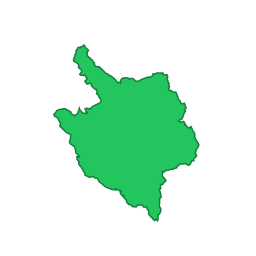 the district of Tay Son, Bình Định, Vietnam, rotated 329°
{"feature_id": "81297802B3478153063518", "entity_name": "Tay Son", "entity_type": "district", "adm_level": 2, "iso_a3": "VNM", "parent_name": "Vietnam", "parent_adm1": "Bình Định", "projection": "natural_earth1", "projection_center": [108.884, 13.946], "detail": "fine", "context": "isolated", "style": "filled", "palette": "green", "viewbox_px": 256, "rotation_deg": 329, "n_neighbors": 0, "source": "geoboundaries", "source_scale": "gbopen_adm2", "svg_char_len": 5762}
<svg xmlns="http://www.w3.org/2000/svg" viewBox="0 0 256 256"><g transform="rotate(329 128 128)"><path d="M67.5,141.8L67.8,144.3L66.9,146.1L67.5,147.4L68.0,147.9L68.8,149.3L70.0,150.7L70.3,150.8L71.7,150.9L72.3,151.4L72.8,151.6L73.4,152.3L73.9,153.8L75.6,155.2L75.9,156.4L75.6,159.1L76.1,160.5L77.0,162.4L77.6,165.0L78.4,166.6L78.6,167.4L81.0,170.2L82.1,171.8L84.7,174.3L85.3,174.4L86.0,173.7L86.5,174.0L86.3,174.7L86.5,175.4L88.5,176.6L89.6,178.6L89.4,179.0L88.3,178.6L88.2,179.7L87.8,180.2L88.0,182.1L88.7,182.7L89.6,184.0L89.3,184.2L88.6,183.8L88.4,183.9L88.9,185.9L88.8,186.6L89.2,187.9L89.4,189.0L89.4,189.7L88.7,190.5L88.6,190.8L89.3,194.1L91.1,195.7L91.2,197.1L91.4,197.7L92.7,198.5L93.2,199.2L94.7,199.9L96.3,199.2L97.6,199.3L98.0,199.5L98.8,200.5L100.4,201.1L100.7,201.6L100.6,203.3L100.8,204.1L102.3,204.4L102.8,205.1L103.0,206.1L102.7,207.9L102.9,208.5L102.9,209.7L102.8,210.1L101.6,211.9L101.4,213.7L101.8,215.0L101.8,216.1L102.5,217.2L102.4,218.8L102.8,219.3L103.0,220.9L103.2,221.0L105.0,220.8L105.3,221.5L105.5,222.7L106.7,221.9L106.8,221.5L107.3,220.7L107.7,219.6L108.7,218.9L109.0,217.9L109.9,218.0L111.0,217.8L113.7,215.6L114.6,213.6L114.5,211.8L114.6,211.0L117.1,207.7L117.4,206.7L118.2,206.0L118.3,204.9L119.1,204.4L120.2,204.7L120.9,204.4L121.2,202.4L122.1,201.4L122.1,200.5L122.7,199.6L122.7,198.3L123.1,196.8L123.3,196.8L124.0,197.0L124.7,196.8L126.8,193.2L127.4,193.3L128.3,194.3L128.5,194.3L130.8,193.1L133.1,193.0L133.4,192.7L133.4,191.1L132.7,187.1L133.3,185.7L134.7,184.3L134.9,183.1L135.1,182.7L136.4,184.3L138.6,184.0L139.2,184.1L140.7,184.8L143.7,185.6L144.7,186.4L145.4,186.6L146.8,186.6L149.4,187.2L150.2,186.4L151.1,186.1L153.3,186.0L154.0,185.6L154.8,185.7L155.6,186.8L156.0,186.7L157.8,187.7L158.8,187.9L159.9,190.0L160.5,190.3L160.6,191.1L162.3,191.2L162.9,191.0L165.6,189.0L166.3,189.1L167.4,190.0L167.9,189.2L168.3,188.2L170.6,187.8L172.6,187.2L172.8,186.7L172.5,184.6L172.6,184.2L173.6,183.6L175.1,181.8L176.7,181.1L177.9,180.8L178.2,179.8L179.3,179.7L180.1,178.9L180.4,175.5L180.0,174.4L180.2,172.0L180.6,171.0L180.6,169.7L181.4,168.8L182.4,166.5L182.5,165.6L182.1,164.3L182.3,162.0L182.6,161.3L182.5,160.4L182.7,159.3L181.5,159.3L180.6,159.7L179.8,158.9L179.7,158.3L179.1,157.4L179.1,155.9L178.2,154.5L178.3,154.3L179.1,154.3L178.8,153.5L179.2,152.5L179.1,151.2L178.7,150.8L177.3,150.5L176.3,150.0L175.1,149.0L175.0,148.2L175.2,147.8L176.9,147.8L178.1,148.1L179.4,147.7L180.1,147.2L183.5,144.4L186.1,143.1L185.6,142.2L185.9,141.3L187.4,140.8L187.9,141.0L188.2,140.5L188.3,139.6L188.3,138.9L188.8,138.0L189.1,135.8L186.7,135.4L186.5,135.2L186.5,134.5L186.0,133.8L186.3,133.2L186.6,131.4L186.6,130.9L186.0,130.3L185.9,130.0L186.0,129.2L186.3,128.6L186.7,126.8L187.4,123.2L187.4,122.0L186.8,121.4L185.3,120.9L185.2,120.1L184.5,119.5L184.3,117.9L183.7,117.8L182.9,117.4L182.7,117.0L182.6,115.9L183.5,115.3L184.9,113.8L184.5,112.8L186.2,111.2L185.8,109.9L186.6,107.8L186.5,106.0L187.6,105.5L188.0,105.1L188.9,103.2L188.9,102.3L187.6,101.9L186.3,101.0L186.0,100.1L186.2,98.9L185.4,99.2L185.2,98.4L184.8,97.9L182.7,96.8L181.4,95.7L179.9,95.8L179.1,95.5L177.4,94.5L177.1,94.5L176.7,95.4L176.4,95.6L175.0,95.9L173.5,96.0L172.9,95.5L172.2,95.5L171.9,95.0L169.4,94.1L166.9,93.9L165.4,93.4L164.5,93.3L161.4,93.4L160.4,92.7L159.0,92.3L158.5,91.5L158.4,90.2L157.9,88.7L157.3,87.9L156.2,87.1L155.2,87.1L154.8,86.4L154.1,86.5L153.8,85.3L152.1,83.8L151.2,83.3L149.9,83.3L149.1,82.5L148.5,82.4L146.3,83.4L146.0,83.7L144.6,86.0L144.4,86.0L144.4,85.4L144.0,84.2L142.9,84.1L142.6,83.5L142.1,81.9L142.0,79.8L140.6,75.5L139.7,73.9L139.2,73.5L138.8,72.6L138.5,71.2L137.7,70.5L137.0,69.4L136.7,67.4L136.2,66.2L136.1,64.5L135.6,63.4L134.7,60.6L134.1,59.9L133.3,59.8L132.6,59.2L131.6,57.7L132.0,56.9L132.1,55.9L132.8,54.8L131.9,53.7L131.9,53.3L132.5,52.1L130.7,46.3L130.1,45.1L130.6,44.3L131.6,43.0L132.0,41.7L133.8,41.4L134.1,41.1L134.1,40.4L132.9,37.2L133.0,36.3L133.3,35.1L133.2,34.5L132.8,34.2L132.2,34.1L131.1,34.7L129.1,34.1L128.4,34.6L128.0,33.8L126.4,33.3L125.3,34.2L123.1,35.0L123.0,35.7L122.2,36.8L121.6,37.3L120.3,37.7L120.0,38.7L119.1,39.5L117.8,39.9L117.4,41.1L116.4,41.5L115.9,42.3L116.5,44.1L117.4,45.2L118.3,47.8L118.2,48.5L118.0,49.0L116.8,50.5L116.9,51.7L117.9,53.7L117.9,54.0L117.8,54.7L117.3,55.5L116.7,56.1L115.5,56.7L114.4,56.9L114.3,57.3L114.6,58.3L115.1,58.9L116.5,59.4L116.8,60.1L118.1,60.1L118.4,60.7L118.2,62.7L118.6,64.2L118.4,64.5L117.1,65.2L115.1,65.7L115.1,66.2L115.4,68.9L116.0,69.5L118.9,70.2L119.1,70.6L118.9,72.4L118.8,72.7L118.5,72.8L118.5,73.8L118.9,74.5L119.0,75.6L119.6,76.8L119.6,77.6L120.8,78.6L120.4,79.4L120.6,80.1L120.4,80.8L120.0,81.1L119.5,81.8L118.9,82.2L118.8,82.4L118.9,83.1L119.6,84.2L119.0,86.4L119.1,87.6L119.4,88.8L118.7,91.4L117.2,91.8L116.0,91.9L108.6,91.3L107.2,91.4L105.8,92.5L103.0,90.0L101.4,89.3L100.9,89.7L101.2,91.0L101.2,91.4L100.2,92.4L100.3,92.7L101.2,93.5L101.2,94.0L99.6,94.0L98.2,93.2L97.1,91.7L96.5,91.1L96.6,89.8L96.1,88.2L96.4,86.0L95.5,86.9L95.2,87.7L93.6,88.3L93.1,89.0L91.8,89.8L90.6,89.8L89.1,90.5L88.5,89.1L87.7,88.5L87.1,87.5L86.9,85.6L87.3,85.0L87.1,84.6L86.3,83.9L86.4,83.3L86.3,82.7L85.5,81.5L84.4,80.6L84.5,79.8L84.4,79.4L83.3,78.6L82.0,78.2L79.2,77.0L76.2,76.4L75.9,76.4L74.7,77.1L72.9,77.9L71.8,77.9L71.4,78.2L71.1,79.9L72.7,82.4L72.8,82.8L72.8,84.7L72.5,86.4L72.8,87.3L72.1,90.0L70.6,91.0L70.5,92.0L70.7,92.4L71.4,93.3L71.3,94.5L71.6,95.3L71.6,96.1L72.3,97.0L72.4,98.3L72.9,100.0L73.8,101.7L75.5,103.7L75.5,104.1L73.6,106.9L70.4,110.1L70.3,110.4L70.5,112.3L71.2,113.3L71.9,115.2L72.6,116.2L71.5,120.2L70.6,122.3L70.6,122.7L71.2,124.8L71.9,126.8L71.8,127.4L71.4,127.8L69.7,126.2L69.4,126.1L69.0,127.4L68.1,128.7L68.7,131.2L67.4,133.2L67.2,134.3L67.2,135.4L67.8,137.0L67.6,138.7L67.9,140.2L67.5,141.8Z" fill="#22c55e" stroke="#15803d" stroke-width="1.5"/></g></svg>